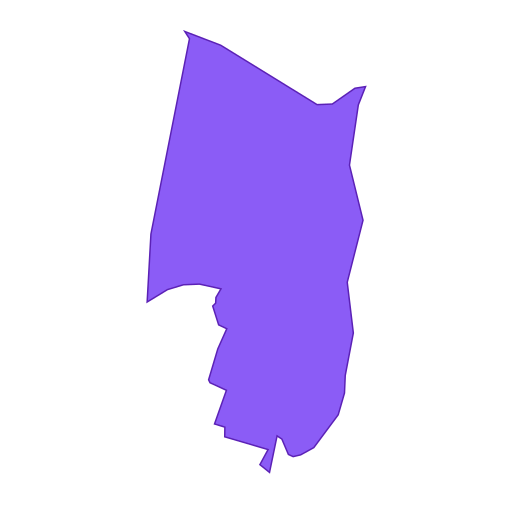 the district of Palmerstown-Fonthill Lea-5, South Dublin, Ireland, rotated 98°
{"feature_id": "5873133B26300601338838", "entity_name": "Palmerstown-Fonthill Lea-5", "entity_type": "district", "adm_level": 2, "iso_a3": "IRL", "parent_name": "Ireland", "parent_adm1": "South Dublin", "projection": "robinson", "projection_center": [-6.384, 53.348], "detail": "fine", "context": "isolated", "style": "filled", "palette": "violet", "viewbox_px": 512, "rotation_deg": 98, "n_neighbors": 0, "source": "geoboundaries", "source_scale": "gbopen_adm2", "svg_char_len": 678}
<svg xmlns="http://www.w3.org/2000/svg" viewBox="0 0 512 512"><g transform="rotate(98 256 256)"><path d="M468.4,212.5L431.2,210.1L433.7,204.9L448.0,196.3L449.5,191.3L446.7,184.1L437.7,172.1L401.8,152.5L379.4,149.3L361.9,151.0L318.7,148.9L269.3,162.0L205.7,155.0L153.0,176.1L92.1,175.7L73.0,171.1L76.1,181.4L94.9,201.6L97.6,216.6L52.2,320.3L43.6,357.7L50.1,352.1L248.8,363.1L316.7,357.4L301.6,339.0L294.6,323.9L291.7,308.1L293.4,286.1L302.6,289.9L308.3,289.4L311.6,291.9L329.4,283.4L332.1,274.8L353.3,280.9L385.2,285.7L387.9,283.9L393.1,266.6L428.1,273.7L429.8,263.0L439.4,261.8L446.0,217.1L462.1,223.1L468.4,212.5Z" fill="#8b5cf6" stroke="#5b21b6" stroke-width="1.5"/></g></svg>